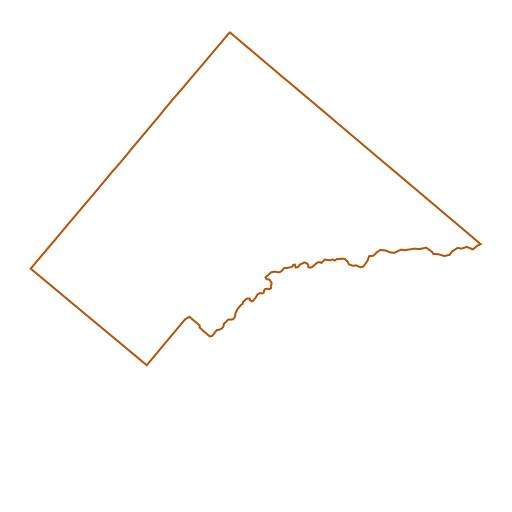 outline of Owyhee, Idaho, United States of America, rotated 130°
{"feature_id": "52423323B98957194819537", "entity_name": "Owyhee", "entity_type": "district", "adm_level": 2, "iso_a3": "USA", "parent_name": "United States of America", "parent_adm1": "Idaho", "projection": "natural_earth1", "projection_center": [-116.172, 42.838], "detail": "fine", "context": "isolated", "style": "outline", "palette": "amber", "viewbox_px": 512, "rotation_deg": 130, "n_neighbors": 0, "source": "geoboundaries", "source_scale": "gbopen_adm2", "svg_char_len": 2597}
<svg xmlns="http://www.w3.org/2000/svg" viewBox="0 0 512 512"><g transform="rotate(130 256 256)"><path d="M101.5,419.7L102.8,419.8L104.2,420.0L110.4,419.9L163.6,420.1L169.8,420.2L170.5,420.1L179.4,420.2L181.7,420.2L183.0,420.2L183.3,420.3L185.5,420.3L185.9,420.3L189.0,420.4L203.7,420.4L209.3,420.2L235.5,420.2L236.0,420.2L255.0,420.2L256.2,420.2L258.1,420.1L259.1,420.1L263.0,420.0L278.5,420.1L279.7,420.1L281.2,420.3L319.1,420.2L325.2,420.3L367.6,420.4L376.9,420.3L377.4,420.4L410.5,420.5L410.3,360.8L409.9,269.5L406.5,269.5L396.4,269.5L382.7,269.6L370.9,269.6L362.5,269.6L355.3,269.6L350.0,269.6L345.4,267.9L345.4,266.0L345.4,254.5L347.0,253.3L347.3,247.1L347.3,239.6L345.4,238.2L344.0,238.2L342.2,238.3L340.0,238.3L338.1,238.5L336.6,237.2L335.1,236.3L333.5,235.5L331.1,235.7L330.2,235.9L329.4,236.4L329.0,237.0L328.5,237.0L327.1,236.8L325.6,236.6L324.3,236.6L322.9,236.5L321.7,235.6L320.9,234.3L319.2,232.9L317.0,232.9L315.3,233.5L313.6,234.6L312.2,235.2L310.7,235.5L308.5,236.0L305.5,236.0L303.2,236.1L301.3,235.4L299.9,236.2L298.3,236.3L295.8,235.9L293.9,235.2L292.7,233.4L293.8,232.3L293.6,230.3L291.9,229.4L289.9,229.5L287.9,229.5L286.2,229.9L284.3,230.1L281.9,229.2L280.4,226.9L278.8,226.6L277.4,227.6L275.6,227.8L273.7,226.3L272.8,224.5L272.1,224.0L270.8,223.9L269.7,225.2L268.0,225.8L266.6,226.8L265.9,228.9L265.4,230.3L266.4,232.1L266.9,233.6L266.4,234.8L265.5,235.0L264.6,234.7L262.7,234.4L260.7,234.2L258.7,233.9L257.3,232.7L256.2,231.9L255.1,230.1L253.4,227.5L250.8,226.7L248.5,226.8L246.7,226.5L245.8,225.1L244.3,223.8L241.5,221.5L240.0,221.5L238.9,221.7L237.6,220.7L238.3,219.7L239.3,218.3L238.1,216.9L236.8,216.6L234.4,216.9L231.8,215.6L229.9,214.9L228.9,212.4L229.2,210.3L230.2,209.5L230.9,208.7L230.2,207.2L228.9,206.1L225.7,205.5L223.0,205.1L221.0,204.4L219.5,202.9L219.7,202.4L219.2,201.4L214.5,201.0L211.5,196.2L209.5,195.3L208.9,192.8L206.5,192.1L201.2,186.5L201.5,181.9L202.7,179.2L200.8,174.9L198.9,173.5L197.5,168.8L195.2,167.0L187.9,167.5L183.4,169.2L181.8,167.6L180.2,166.2L175.8,165.9L171.4,164.6L168.1,159.6L167.1,155.7L164.7,152.1L157.8,148.9L156.4,146.2L148.3,139.1L145.9,135.5L140.2,130.9L139.7,123.9L140.4,121.5L137.4,117.4L135.0,111.7L130.5,108.4L126.4,108.8L120.2,106.7L118.3,103.4L113.5,100.3L111.5,94.1L105.9,93.1L102.5,91.5L102.5,92.6L102.5,94.7L102.5,101.1L102.4,102.4L102.4,103.2L102.4,103.8L102.5,105.2L102.5,106.9L102.4,107.2L102.4,108.1L102.4,108.5L102.4,111.4L102.4,111.7L102.1,219.4L102.0,261.9L102.0,262.0L101.8,297.5L101.7,345.7L101.8,349.8L101.6,387.1L101.5,393.6L101.6,396.7L101.5,419.7Z" fill="none" stroke="#b45309" stroke-width="2"/></g></svg>